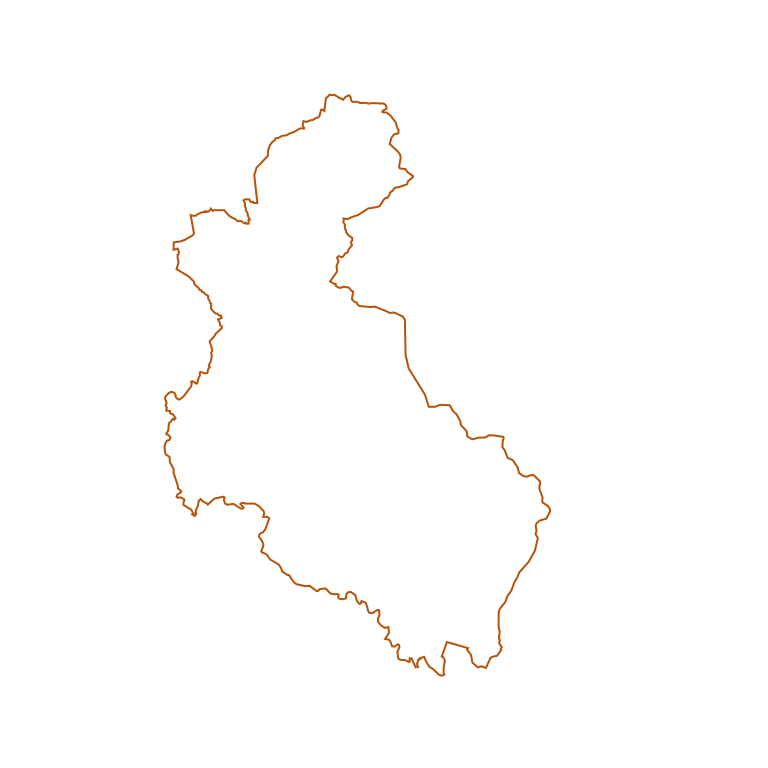 San Diego la Mesa Tochimiltzingo, Puebla, Mexico, rotated 308°
{"feature_id": "50627088B84838795319332", "entity_name": "San Diego la Mesa Tochimiltzingo", "entity_type": "district", "adm_level": 2, "iso_a3": "MEX", "parent_name": "Mexico", "parent_adm1": "Puebla", "projection": "albers", "projection_center": [-98.329, 18.762], "detail": "fine", "context": "isolated", "style": "outline", "palette": "amber", "viewbox_px": 768, "rotation_deg": 308, "n_neighbors": 0, "source": "geoboundaries", "source_scale": "gbopen_adm2", "svg_char_len": 6166}
<svg xmlns="http://www.w3.org/2000/svg" viewBox="0 0 768 768"><g transform="rotate(308 384 384)"><path d="M167.4,290.0L167.3,291.2L169.5,293.7L170.1,297.3L169.4,298.3L167.2,298.9L165.2,300.5L166.3,309.8L164.0,313.8L163.2,313.3L163.3,316.0L165.4,316.2L165.9,315.0L166.6,315.5L168.5,313.4L173.7,312.3L177.5,310.1L180.4,310.2L180.0,314.5L180.9,317.5L180.4,319.4L189.0,320.8L196.1,326.6L196.5,328.2L194.0,329.1L191.9,332.7L192.7,335.3L196.8,339.0L197.7,348.0L198.8,349.4L200.2,349.4L201.0,344.7L202.9,345.1L204.8,348.9L210.1,355.7L210.8,360.7L209.7,367.5L208.5,369.1L204.9,370.6L207.4,373.6L207.5,376.4L195.9,380.0L192.1,379.8L190.5,378.7L188.1,378.7L186.7,379.4L185.0,385.0L183.4,387.5L182.1,388.6L176.6,390.3L176.2,391.7L177.3,395.2L177.3,397.0L175.6,402.1L176.9,412.2L175.6,416.1L173.6,419.3L174.1,425.6L174.9,426.7L172.2,435.6L172.4,438.3L176.3,446.6L179.2,449.6L179.3,458.1L180.1,459.4L182.9,459.7L186.9,463.8L186.0,470.8L187.0,473.3L190.0,477.0L189.8,478.3L188.0,479.0L187.3,480.2L187.8,482.3L189.7,484.7L191.7,485.9L195.4,483.8L198.0,484.0L199.7,486.0L200.0,491.4L196.7,495.7L195.5,499.5L195.7,500.3L197.2,500.9L198.2,500.0L199.2,500.0L200.3,504.2L198.5,507.4L195.4,511.2L194.7,513.2L196.1,515.8L202.0,518.0L202.7,519.4L199.2,522.6L195.7,523.6L192.8,525.8L191.9,530.6L192.4,535.0L195.2,537.1L191.1,541.1L183.8,541.8L185.4,545.0L185.2,547.2L182.3,551.9L183.7,554.1L187.4,555.1L187.6,556.4L186.1,558.2L181.2,559.5L177.0,563.5L176.4,565.0L176.6,566.5L179.4,570.7L180.3,574.8L180.9,575.2L183.7,573.1L184.8,574.4L180.2,583.4L182.1,585.0L183.7,582.1L185.0,582.2L187.3,580.8L189.5,581.8L189.6,581.0L190.0,581.1L193.7,583.6L191.2,588.1L189.0,594.1L189.6,598.1L188.7,606.8L190.0,609.4L192.1,610.4L193.2,608.7L197.6,605.4L203.7,602.2L205.2,598.7L204.8,597.3L219.4,592.5L227.6,612.9L225.7,613.0L224.2,619.2L218.9,625.2L218.5,632.5L221.6,634.6L223.0,639.1L233.9,636.5L236.9,638.1L239.1,640.3L246.3,640.2L246.6,639.2L249.3,638.8L250.2,635.2L251.2,633.8L253.4,633.3L253.8,631.9L255.1,630.6L259.9,627.8L263.4,623.6L275.5,614.4L278.9,613.7L286.9,613.8L292.8,611.9L299.7,611.5L307.7,608.9L313.7,608.1L318.8,606.6L332.9,607.5L345.7,605.5L357.4,600.0L359.1,595.7L362.2,594.6L365.7,590.8L368.3,590.0L372.1,590.7L377.8,594.8L385.7,593.4L387.6,591.8L388.8,588.3L388.3,582.1L389.0,580.9L392.3,578.7L396.8,571.4L399.1,569.3L401.2,568.8L403.3,566.9L404.3,558.4L403.0,556.1L398.9,553.6L397.3,550.3L396.9,545.3L400.4,541.0L403.0,533.6L403.1,531.3L401.9,527.0L406.1,519.9L407.2,516.1L412.3,512.6L415.0,511.7L415.7,510.4L410.7,501.5L408.2,498.3L404.3,496.8L399.7,491.3L395.2,488.1L394.6,486.8L394.0,481.8L397.1,479.0L398.0,476.7L399.0,469.8L401.5,467.3L404.0,461.8L404.9,459.1L405.1,455.0L407.5,449.8L407.5,448.5L402.2,441.1L397.3,438.1L393.6,433.3L400.8,422.9L411.4,394.0L420.1,383.2L447.6,360.8L448.7,357.1L446.9,349.0L445.8,347.0L443.5,344.9L442.7,340.5L439.3,329.1L436.3,326.0L430.4,316.7L430.3,314.3L431.3,312.6L430.5,309.8L431.1,306.5L437.7,302.9L437.5,300.2L438.4,297.1L435.9,292.4L432.3,289.9L431.6,286.0L433.0,284.4L432.3,283.5L431.7,278.4L443.6,277.8L448.0,273.8L452.5,272.8L454.7,269.2L456.9,269.5L458.1,272.8L459.0,273.3L462.8,273.0L465.4,274.3L468.2,273.3L473.8,273.3L475.2,270.7L477.8,270.5L479.6,268.8L479.3,264.8L480.2,260.8L481.6,259.6L482.3,257.6L485.4,255.1L486.8,251.9L488.4,251.5L489.5,250.2L491.7,254.0L495.1,255.5L501.4,259.6L512.6,263.5L518.4,268.9L521.6,271.0L529.8,270.3L531.8,270.9L532.7,272.1L537.2,271.6L538.4,270.9L541.4,271.7L545.4,271.8L548.9,275.0L555.6,279.2L558.6,278.1L564.8,279.4L565.7,278.9L565.4,272.2L566.6,268.6L563.6,263.8L564.5,262.1L572.5,257.9L574.6,255.6L575.6,252.3L576.7,240.7L582.4,238.3L586.9,238.2L590.4,241.0L592.9,239.3L593.8,237.1L597.3,232.3L599.6,223.6L599.4,218.7L597.6,216.2L597.4,215.1L598.8,214.9L602.5,216.5L603.4,216.0L604.8,213.6L604.8,211.2L598.3,202.0L595.3,199.1L594.5,196.8L590.6,192.0L590.1,189.6L586.9,185.3L587.2,183.7L589.8,180.5L589.9,178.6L586.6,177.0L582.7,176.7L582.7,174.3L581.7,173.1L582.0,171.4L581.2,166.6L579.7,165.5L578.8,163.3L573.5,162.3L562.4,168.9L562.1,166.1L561.4,165.6L555.6,168.1L553.7,168.1L550.5,166.0L547.9,165.3L547.2,164.2L542.6,161.3L541.6,158.7L537.7,160.6L536.5,163.5L535.8,163.7L534.3,161.1L533.1,160.2L526.9,157.8L522.8,155.1L520.1,154.2L516.7,150.8L512.8,149.3L510.7,147.2L508.5,147.9L506.1,147.0L502.1,147.0L496.4,149.0L492.2,152.0L475.8,150.4L468.6,153.3L448.6,172.8L446.4,169.7L447.0,168.5L445.4,166.9L446.5,164.2L444.3,161.1L442.3,160.2L440.6,163.4L438.4,165.0L437.7,166.7L435.8,168.1L435.2,170.3L431.6,175.0L431.2,176.8L430.7,177.1L429.5,176.4L427.1,178.6L425.8,177.3L425.8,175.5L424.7,175.2L424.4,171.1L422.1,168.3L422.4,164.4L421.8,163.6L421.2,158.3L422.6,151.1L415.6,142.2L415.1,142.4L415.5,139.6L414.5,140.0L411.7,139.4L410.4,137.1L410.1,136.8L409.7,137.6L407.2,134.7L402.5,132.4L400.8,132.2L398.8,129.7L398.1,127.7L385.4,141.8L383.2,141.6L374.9,138.3L370.9,135.7L366.2,131.1L360.2,135.5L363.7,138.0L361.7,141.3L359.7,142.2L358.7,141.8L356.0,144.0L353.4,147.2L346.8,149.8L348.5,164.3L347.6,171.4L346.4,172.4L345.7,174.5L345.5,179.1L344.6,180.1L345.4,182.3L344.5,184.1L345.3,185.3L344.8,187.6L345.1,191.3L343.1,192.8L342.4,195.0L340.9,197.0L340.9,198.5L337.1,201.1L336.6,202.2L335.8,207.3L336.8,209.6L336.5,212.4L337.6,213.5L336.1,215.4L332.7,213.5L331.4,216.5L329.4,218.6L329.6,220.6L328.3,221.8L320.0,220.4L317.5,220.9L310.3,220.4L304.8,228.1L302.4,228.5L299.8,231.2L295.6,233.4L290.5,234.6L290.1,236.4L288.1,236.1L283.8,238.0L282.4,236.8L280.5,232.0L279.6,231.8L277.4,233.7L274.9,234.1L269.3,236.4L268.7,235.6L268.4,231.5L267.1,230.6L266.4,231.8L263.7,233.5L251.1,233.7L246.9,232.8L245.6,232.2L245.1,229.5L245.8,227.3L247.0,226.6L248.0,224.3L247.1,221.7L246.0,220.6L243.8,219.8L239.6,219.6L237.8,220.3L235.1,224.4L232.4,225.3L231.7,227.4L228.9,228.6L230.9,232.1L229.7,233.0L229.2,234.3L230.2,236.4L228.7,240.8L226.6,240.6L226.9,239.5L226.0,238.8L223.6,239.2L220.7,238.7L214.3,242.7L211.0,242.9L210.4,243.6L211.2,245.6L210.3,248.8L207.5,249.3L205.7,247.8L202.9,248.2L199.3,249.8L194.8,254.2L194.2,255.8L194.5,259.8L190.4,263.7L187.5,270.5L184.6,272.7L176.7,284.4L174.9,286.0L174.6,290.3L172.9,290.5L170.1,289.2L167.4,290.0Z" fill="none" stroke="#b45309" stroke-width="2"/></g></svg>